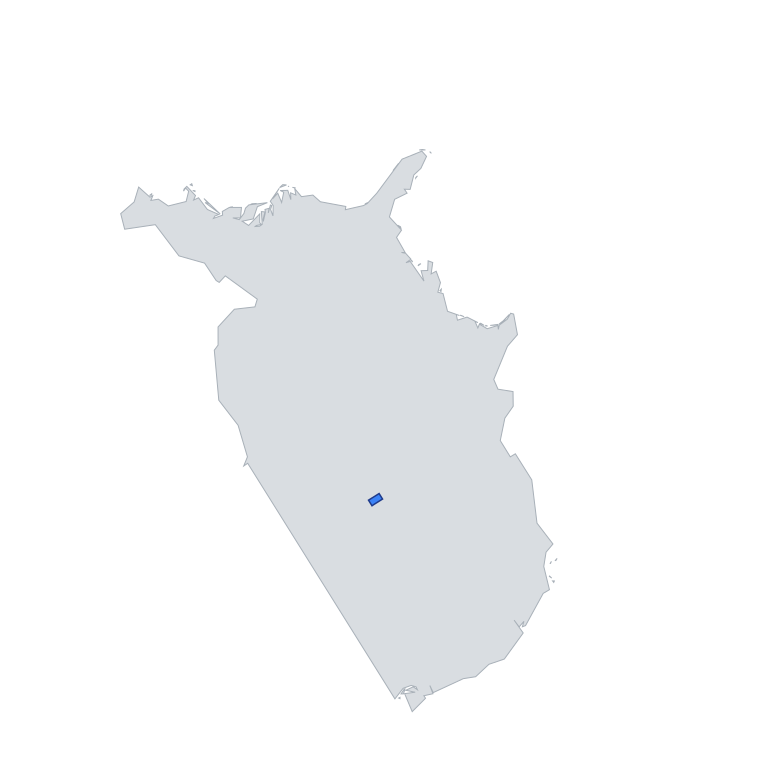 location of Platte, Wyoming, United States of America, rotated 238°
{"feature_id": "52423323B10745128223313", "entity_name": "Platte", "entity_type": "district", "adm_level": 2, "iso_a3": "USA", "parent_name": "United States of America", "parent_adm1": "Wyoming", "projection": "natural_earth1", "projection_center": [-105.065, 42.131], "detail": "fine", "context": "in_parent", "style": "filled", "palette": "blue", "viewbox_px": 768, "rotation_deg": 238, "n_neighbors": 0, "source": "geoboundaries", "source_scale": "gbopen_adm2", "svg_char_len": 4008}
<svg xmlns="http://www.w3.org/2000/svg" viewBox="0 0 768 768"><g transform="rotate(238 384 384)"><path d="M601.3,278.0L640.3,274.5L652.7,246.1L668.0,251.0L670.8,268.6L681.0,280.3L666.5,284.5L666.2,287.7L663.2,283.6L660.3,290.6L649.3,295.4L643.6,312.9L651.0,320.5L655.3,319.6L653.8,316.2L655.3,317.8L656.1,321.5L643.7,324.0L640.9,320.0L640.2,325.4L625.6,326.7L615.3,333.7L616.1,329.7L614.8,327.1L612.7,336.6L616.0,338.3L615.7,346.4L609.3,356.7L600.9,350.3L605.0,343.8L600.1,348.3L602.8,355.5L606.5,359.7L607.5,364.3L599.6,381.2L601.5,370.6L593.3,360.6L597.2,350.0L590.2,353.2L594.1,368.8L586.7,364.1L584.3,364.6L586.1,359.7L585.8,358.2L583.7,362.1L583.9,365.3L595.2,371.4L593.0,374.2L587.7,368.7L585.8,367.8L592.4,374.4L595.1,375.6L593.9,379.6L590.4,376.5L596.0,382.5L594.8,383.3L592.1,380.3L585.4,378.9L594.0,384.6L599.2,384.4L605.5,398.9L600.1,387.7L602.1,395.0L592.2,393.4L599.8,400.6L603.1,398.5L599.2,405.0L589.7,402.7L595.6,406.1L591.0,409.4L596.9,411.8L586.6,413.3L581.9,423.8L572.3,426.6L554.8,445.7L552.3,443.6L546.2,461.1L545.9,465.5L549.6,478.9L565.1,518.5L561.4,539.5L554.5,540.7L547.3,529.5L545.5,520.1L535.2,509.3L538.4,504.5L533.6,504.7L535.0,490.9L522.8,477.1L505.2,480.4L501.7,472.3L484.3,471.6L486.3,468.5L483.4,471.6L475.5,473.0L475.2,466.9L474.1,471.2L450.1,472.4L460.4,475.5L457.1,481.2L465.1,486.7L461.2,489.7L452.4,482.3L452.0,488.0L440.1,485.6L433.3,478.3L429.4,482.0L412.0,476.4L402.1,484.3L404.6,482.1L399.2,480.1L396.7,489.9L386.3,496.2L388.7,494.3L381.8,493.3L384.2,496.6L376.2,500.8L373.3,511.6L369.7,509.9L372.8,512.8L373.6,522.8L376.9,528.9L374.6,531.0L355.1,523.3L350.6,508.7L329.7,479.5L319.2,477.9L309.2,489.4L296.7,481.8L291.0,468.4L274.4,452.6L255.3,452.5L255.2,458.4L224.4,458.5L184.9,440.0L158.8,442.5L155.5,432.3L144.6,422.8L121.9,415.3L122.1,408.1L104.1,376.0L104.8,372.7L108.6,376.9L106.4,369.9L114.8,369.2L99.1,370.1L87.0,340.3L90.7,324.4L87.2,306.6L92.1,295.1L96.2,262.2L104.0,263.1L95.4,261.4L98.5,252.6L95.5,252.7L91.2,234.3L110.5,237.4L106.1,247.1L112.7,240.2L111.7,248.3L107.0,250.3L110.2,250.7L114.0,247.3L115.8,239.0L111.2,226.4L389.0,226.4L388.8,221.6L394.6,229.6L426.3,238.4L457.8,235.3L502.6,258.0L504.9,263.9L520.3,273.5L526.7,296.7L517.8,315.4L523.1,321.5L559.8,306.7L557.5,298.1L560.7,296.5L581.6,295.9L601.3,278.0ZM630.4,330.6L636.7,329.6L615.0,335.2L632.7,328.4L630.4,330.6ZM112.2,234.2L114.5,239.4L114.3,240.2L110.9,236.3L112.2,234.2ZM376.6,527.2L373.9,518.4L373.9,513.4L374.4,518.6L376.6,527.2ZM668.2,285.1L668.4,287.8L667.4,287.2L668.2,285.1ZM433.6,480.9L434.1,482.9L432.2,481.3L433.6,480.9ZM130.5,423.4L133.2,422.3L133.4,422.6L130.5,423.4ZM127.7,422.6L126.7,424.1L125.8,422.8L127.7,422.6ZM649.5,324.4L648.0,326.1L647.4,325.7L649.5,324.4ZM375.4,508.8L373.9,512.8L377.4,505.1L375.4,508.8ZM560.5,505.4L563.4,513.3L560.0,504.7L560.5,505.4ZM143.8,429.9L144.9,432.0L143.6,430.1L143.8,429.9ZM562.6,540.7L560.5,543.2L563.8,537.9L562.6,540.7ZM606.7,403.8L604.5,406.8L605.9,399.5L606.7,403.8ZM109.9,230.0L109.8,231.5L108.7,230.8L109.9,230.0ZM384.3,498.2L380.6,500.0L384.4,497.6L384.3,498.2ZM655.6,325.2L655.7,327.1L653.8,326.6L655.6,325.2ZM143.6,435.8L144.4,438.4L143.2,436.1L143.6,435.8ZM379.7,501.5L378.2,502.5L379.5,500.9L379.7,501.5ZM606.8,367.6L604.6,371.7L607.0,366.0L606.8,367.6ZM401.0,486.0L398.6,487.6L402.1,484.9L401.0,486.0ZM546.8,463.2L546.5,466.4L546.2,464.2L546.8,463.2ZM597.8,412.3L597.0,412.9L599.3,410.5L597.8,412.3ZM511.5,479.7L508.7,481.3L507.5,481.0L511.5,479.7ZM474.4,472.5L473.9,473.0L472.2,472.9L474.4,472.5ZM542.3,520.4L542.8,522.7L541.8,520.0L542.3,520.4ZM466.9,477.0L466.5,479.1L466.2,475.4L466.9,477.0ZM556.1,546.2L554.5,546.4L556.8,545.8L556.1,546.2ZM615.3,347.8L614.3,349.8L615.5,346.9L615.3,347.8ZM602.7,407.4L601.7,408.1L602.7,407.4Z" fill="#d9dde1" stroke="#a8b0b8" stroke-width="1"/><path d="M291.2,309.3L290.2,309.3L288.9,309.3L288.5,309.3L287.1,309.3L287.1,309.6L287.2,311.6L287.2,316.1L287.2,320.7L287.2,321.8L293.7,321.8L293.7,312.9L293.7,309.3L291.2,309.3Z" fill="#3b82f6" stroke="#1e3a8a" stroke-width="1.5"/></g></svg>